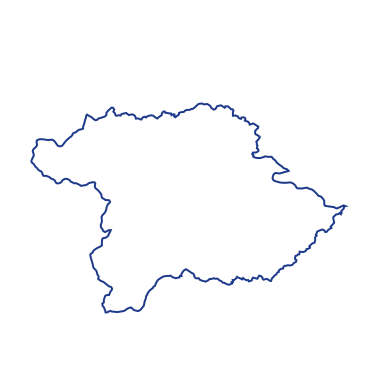 outline of Guarda-Mor, Minas Gerais, Brazil, rotated 246°
{"feature_id": "56859067B60921450270915", "entity_name": "Guarda-Mor", "entity_type": "district", "adm_level": 2, "iso_a3": "BRA", "parent_name": "Brazil", "parent_adm1": "Minas Gerais", "projection": "albers", "projection_center": [-47.118, -17.753], "detail": "fine", "context": "isolated", "style": "outline", "palette": "blue", "viewbox_px": 384, "rotation_deg": 246, "n_neighbors": 0, "source": "geoboundaries", "source_scale": "gbopen_adm2", "svg_char_len": 5967}
<svg xmlns="http://www.w3.org/2000/svg" viewBox="0 0 384 384"><g transform="rotate(246 192 192)"><path d="M172.0,288.8L174.0,288.1L176.4,285.5L178.6,284.6L182.5,282.3L184.1,281.5L186.2,281.1L187.7,280.6L189.1,279.7L190.9,279.4L192.0,278.7L193.1,275.9L194.8,273.4L194.8,271.3L195.3,268.0L196.0,266.4L197.1,264.5L198.2,263.2L199.6,262.2L200.8,263.2L202.1,262.4L203.2,263.6L202.3,266.0L202.0,267.7L202.6,269.5L204.0,269.9L205.5,269.0L206.7,269.7L207.7,270.7L209.0,270.5L210.3,271.1L211.7,271.2L213.5,274.9L214.6,276.3L216.2,275.7L219.0,273.5L220.8,273.8L222.3,274.9L223.2,277.0L223.5,278.3L224.9,279.2L225.8,278.4L229.0,276.4L229.9,275.4L229.8,273.9L230.1,272.1L231.9,272.3L233.4,271.8L235.7,269.3L236.9,270.5L238.2,270.5L239.5,269.1L239.9,267.5L238.9,266.4L240.4,264.9L242.6,264.5L244.2,262.8L245.0,260.4L248.4,261.9L249.5,263.0L251.0,262.8L251.6,261.4L253.6,260.7L255.7,259.5L256.7,257.4L255.7,256.2L259.4,253.7L260.2,250.0L258.3,247.2L258.4,245.4L261.1,243.8L262.5,243.8L263.8,243.4L266.2,241.7L267.2,238.5L268.7,237.2L269.6,234.8L269.6,232.9L268.4,229.7L267.6,226.7L268.1,225.3L268.0,223.2L269.0,221.0L269.2,218.8L268.5,217.1L269.5,213.9L269.5,212.3L268.1,211.5L267.7,209.9L267.6,208.5L267.0,207.3L268.5,206.4L269.9,207.5L270.7,206.3L270.6,204.5L272.3,204.7L273.2,202.9L274.6,201.2L275.1,199.9L276.8,199.7L277.1,198.3L276.1,196.6L274.4,195.3L274.0,192.2L273.2,190.3L274.5,189.2L277.6,187.5L278.7,185.9L279.1,183.8L279.3,181.9L278.8,180.3L280.1,179.3L280.1,177.1L278.8,175.3L279.5,174.1L280.6,173.3L281.4,172.2L281.8,170.6L284.1,170.9L286.0,170.3L287.1,169.1L287.6,167.7L288.0,165.6L290.9,164.0L291.3,162.6L291.8,159.4L290.9,157.8L291.8,156.5L292.1,154.9L292.8,153.5L294.1,153.4L295.4,153.6L297.3,152.8L299.0,154.5L301.1,154.1L301.8,152.6L300.1,147.7L299.1,146.0L297.4,145.3L296.4,143.3L296.8,138.8L297.2,136.5L296.5,134.6L296.9,132.9L298.6,131.8L300.8,130.9L305.4,127.5L304.6,126.3L303.1,125.4L301.4,123.7L298.1,121.2L296.1,119.2L294.2,118.3L294.3,116.2L294.8,114.2L294.5,112.1L293.8,110.1L294.1,108.4L293.8,106.8L292.7,105.9L291.9,104.2L291.5,102.3L290.0,97.6L289.3,96.4L287.2,92.4L287.1,90.8L287.8,89.3L289.1,88.1L293.5,87.3L295.9,86.3L297.1,84.7L298.0,81.5L299.8,78.9L301.4,76.1L302.3,73.9L302.2,71.2L300.6,70.2L298.4,69.8L297.2,68.7L296.5,67.4L296.0,65.6L295.1,63.9L293.8,63.0L291.7,62.9L290.1,62.5L289.0,61.6L288.1,60.5L286.0,58.1L284.7,57.6L283.3,58.0L282.2,58.7L280.9,59.0L279.3,59.1L277.6,59.9L275.0,60.6L273.6,61.3L272.3,62.5L270.5,63.0L269.1,62.6L267.3,62.8L266.6,64.0L266.1,65.4L263.6,67.8L261.9,68.6L259.6,70.7L258.3,71.3L256.9,71.4L255.1,71.8L254.2,73.4L254.0,75.0L254.3,76.9L255.2,78.1L255.6,79.4L255.6,81.6L254.9,83.0L253.6,84.3L252.2,85.2L250.7,85.4L249.4,86.8L247.9,87.8L247.2,89.7L244.4,92.1L242.7,93.2L241.6,97.6L241.5,99.1L242.0,101.1L241.8,103.1L241.3,105.3L240.6,106.8L239.3,107.2L236.7,105.5L234.9,105.3L231.6,107.0L227.8,108.0L226.1,108.0L224.6,107.6L223.1,107.5L221.6,108.7L219.9,109.7L218.2,112.9L216.3,113.2L215.4,111.7L215.1,110.2L212.9,107.9L210.4,106.2L208.7,104.2L207.2,100.7L206.0,99.2L202.6,98.1L201.2,97.3L198.8,95.1L196.3,94.5L194.8,95.0L192.4,95.1L190.8,96.2L190.8,98.7L191.0,100.4L190.2,102.3L188.4,100.3L187.8,99.2L186.5,98.1L185.7,96.7L185.4,94.0L186.0,91.8L185.2,90.6L182.0,88.8L179.9,88.1L179.5,86.5L179.3,81.9L178.9,79.7L178.4,78.0L177.2,76.8L176.5,73.8L173.6,72.9L166.8,72.0L163.0,71.2L159.1,72.5L157.1,72.4L155.0,72.0L153.5,72.4L152.0,72.0L150.9,70.9L148.2,72.3L145.6,74.7L139.7,77.7L138.9,78.7L137.8,79.6L136.2,79.7L135.2,78.9L134.2,77.0L131.6,74.3L132.4,72.6L132.5,70.6L130.9,69.0L129.5,67.8L128.4,67.1L127.0,66.6L126.5,64.7L124.3,64.0L122.8,64.6L118.9,64.5L117.2,64.0L116.5,65.6L116.7,67.6L116.5,69.2L115.4,70.2L112.6,75.1L111.1,80.9L111.1,83.1L111.5,84.4L111.7,85.9L111.5,89.1L110.1,90.0L108.8,90.4L107.6,91.1L105.1,94.3L105.3,97.0L107.7,101.7L111.5,104.4L113.3,106.3L115.4,107.7L116.3,109.1L117.8,110.6L119.4,113.7L120.2,117.1L121.2,118.4L121.3,120.0L123.2,121.8L125.2,124.5L125.8,126.1L126.0,128.0L126.5,130.8L125.7,134.7L125.0,135.9L124.3,138.4L122.1,139.6L119.9,142.0L119.1,145.9L120.2,146.8L119.5,148.2L121.3,148.9L123.5,152.2L123.9,155.1L120.5,157.4L118.5,158.5L117.0,159.9L115.3,160.2L114.2,159.8L112.6,159.9L111.3,160.8L110.6,163.0L108.7,163.4L107.0,165.0L104.6,168.0L104.7,170.8L105.4,172.7L104.8,174.0L104.3,176.9L103.2,178.1L102.5,180.1L100.0,181.2L98.8,182.4L96.6,183.3L95.8,184.7L94.5,185.6L93.1,186.8L92.2,188.3L92.1,191.4L93.5,191.5L93.1,192.9L95.1,193.4L94.5,194.8L94.9,196.6L96.2,198.6L94.8,199.5L93.5,201.0L91.8,202.2L92.7,203.6L90.7,204.6L89.1,206.2L88.7,207.5L87.2,207.6L86.9,210.5L88.0,211.5L89.0,212.9L86.2,216.4L88.3,219.3L87.1,220.8L85.4,221.5L84.0,221.2L82.8,221.7L82.3,224.9L80.8,226.1L79.3,226.9L78.6,228.1L80.4,229.7L82.1,233.6L82.4,235.3L83.8,237.4L83.7,238.8L85.1,239.5L85.6,241.9L85.0,244.0L86.4,245.1L86.9,246.5L86.3,248.0L86.2,249.7L85.1,251.4L84.6,253.9L85.7,256.2L85.9,258.6L87.3,259.7L88.7,258.9L90.1,259.4L91.5,260.6L91.3,262.1L91.8,263.3L91.5,264.6L92.4,265.4L93.7,266.1L91.8,269.4L91.9,271.9L93.3,273.5L92.8,274.9L93.1,277.1L94.8,277.2L95.5,279.3L96.1,281.2L95.8,283.3L97.8,284.9L100.0,285.8L101.0,286.7L101.4,288.1L102.7,287.8L103.7,289.2L104.8,290.1L105.0,292.4L104.7,295.9L103.0,297.3L101.2,297.4L100.9,299.0L101.9,300.9L102.3,302.7L102.4,304.7L103.9,304.5L106.1,309.4L110.5,310.3L111.7,311.0L112.9,314.6L112.3,316.6L112.7,318.4L111.1,319.0L112.2,320.3L113.7,320.4L115.2,323.9L116.9,325.1L116.7,326.4L118.1,324.9L118.0,317.9L118.9,316.7L120.4,315.6L124.4,309.2L125.6,307.7L127.5,308.0L130.1,309.2L131.7,309.1L134.8,308.2L136.2,307.2L137.0,306.0L140.1,305.1L144.2,303.4L145.5,302.5L147.4,300.3L149.1,298.9L149.9,296.6L150.3,294.3L152.2,290.3L153.1,289.3L154.8,289.2L156.7,288.8L158.8,287.7L160.1,286.6L161.0,285.2L162.4,281.0L164.2,277.4L165.4,275.6L167.4,273.2L168.5,272.0L169.8,271.2L171.9,271.2L173.4,272.3L174.7,273.5L175.4,274.8L175.2,276.5L174.4,277.8L173.5,279.0L173.0,280.9L172.6,284.8L172.2,286.7L172.0,288.8Z" fill="none" stroke="#1e3a8a" stroke-width="2"/></g></svg>